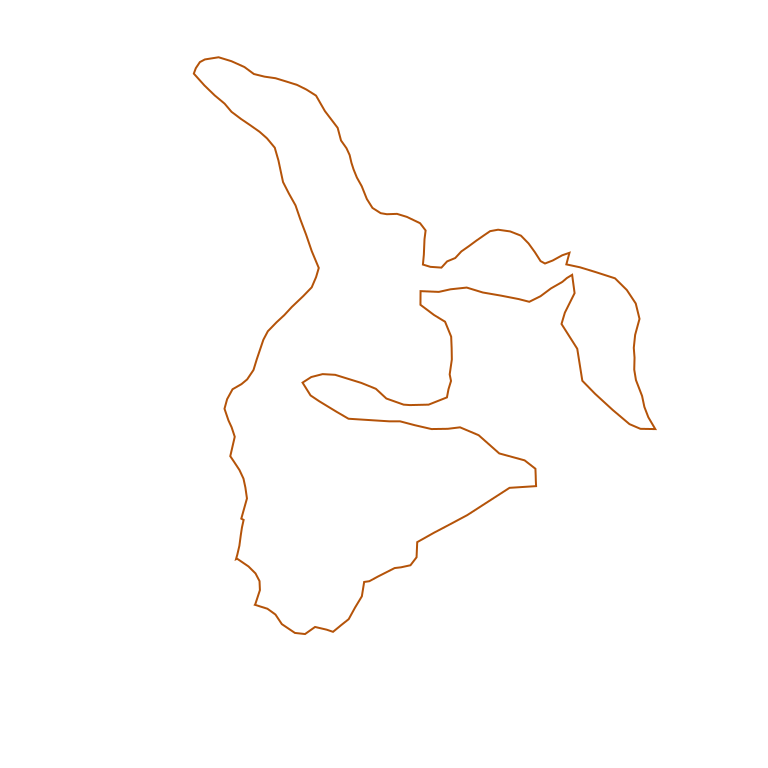 Samukh District, Samux, Azerbaijan, rotated 17°
{"feature_id": "54616110B65018719015844", "entity_name": "Samukh District", "entity_type": "district", "adm_level": 2, "iso_a3": "AZE", "parent_name": "Azerbaijan", "parent_adm1": "Samux", "projection": "orthographic", "projection_center": [46.456, 40.939], "detail": "fine", "context": "isolated", "style": "outline", "palette": "amber", "viewbox_px": 768, "rotation_deg": 17, "n_neighbors": 0, "source": "geoboundaries", "source_scale": "gbopen_adm2", "svg_char_len": 2769}
<svg xmlns="http://www.w3.org/2000/svg" viewBox="0 0 768 768"><g transform="rotate(17 384 384)"><path d="M325.1,632.9L338.2,633.0L347.6,636.2L356.5,643.5L371.6,648.1L381.6,646.2L389.1,636.5L401.0,635.7L407.7,635.9L412.3,629.0L413.4,627.3L419.0,619.2L421.7,606.2L424.9,593.5L422.9,579.1L427.6,576.9L434.6,569.8L448.0,556.9L453.9,554.3L462.3,549.6L465.8,540.2L462.0,525.5L475.4,511.5L484.7,502.3L501.8,485.2L534.4,446.6L559.3,437.2L557.4,431.9L555.9,427.4L553.6,420.8L540.8,415.9L514.5,416.7L489.5,405.3L469.4,403.2L458.1,408.2L442.6,413.2L425.4,414.4L410.3,415.0L399.8,418.2L360.2,427.6L347.4,424.6L339.5,422.6L327.0,419.4L317.1,416.4L305.7,406.5L312.4,398.6L322.4,392.5L334.6,389.5L362.0,389.6L377.7,391.0L390.5,397.2L408.8,398.0L414.9,396.6L432.7,390.7L448.1,378.4L447.2,370.2L447.2,361.5L444.0,355.6L441.7,340.7L438.2,329.9L434.4,319.1L424.2,306.6L411.7,303.4L395.7,297.6L391.8,284.5L409.5,279.9L419.9,274.0L434.9,267.6L451.7,267.6L469.9,265.3L488.0,263.4L498.9,262.9L508.0,254.3L515.7,243.8L524.7,234.2L527.9,229.2L532.0,224.6L539.7,241.4L536.1,262.9L536.2,274.7L558.5,293.8L572.7,322.9L588.6,331.6L610.4,342.0L630.5,350.6L642.3,351.9L656.6,347.8L646.5,338.5L639.7,329.8L634.3,320.0L623.8,306.6L619.1,297.1L615.9,285.6L612.3,276.4L609.8,263.6L609.3,247.0L601.2,233.4L588.7,223.1L574.0,215.4L554.2,215.1L537.3,215.1L523.4,216.3L523.0,204.3L516.8,208.8L509.2,216.6L502.7,221.7L497.8,220.7L489.7,213.8L481.1,207.3L471.6,202.1L460.1,201.2L448.0,203.1L440.8,206.8L436.7,211.9L430.4,219.9L425.0,227.2L419.2,234.6L415.3,242.7L408.5,248.3L404.9,255.9L394.1,258.4L386.3,258.4L384.3,248.7L380.4,233.7L378.9,225.0L371.5,219.7L357.0,217.5L346.7,217.5L337.1,220.8L330.9,221.6L321.5,219.0L313.5,212.1L304.9,201.4L297.7,194.5L292.1,187.6L288.2,182.0L284.2,175.1L279.2,169.5L271.7,163.7L264.8,152.6L247.7,140.3L234.7,128.1L223.7,125.1L213.5,123.4L202.2,123.3L190.9,123.3L179.9,125.0L168.9,125.6L157.9,121.7L143.7,119.9L130.3,119.9L117.8,126.0L113.8,130.0L111.7,137.0L111.5,140.4L111.4,142.7L111.4,142.8L125.0,151.0L137.7,157.5L149.6,162.5L158.6,168.3L169.9,172.4L179.7,175.4L191.3,179.2L200.3,183.3L210.5,190.0L211.3,191.3L217.7,201.1L222.9,210.5L228.4,220.4L237.4,229.7L247.2,239.1L255.9,251.1L265.8,263.9L276.0,278.0L287.7,292.1L287.8,301.6L286.6,312.7L281.1,323.5L273.2,337.5L268.6,347.1L263.3,356.2L257.5,367.5L255.7,376.9L255.1,397.6L255.1,408.7L251.8,419.6L247.8,425.7L240.7,433.3L238.4,444.4L238.7,454.3L245.9,464.3L250.9,469.9L256.7,478.1L258.1,498.0L260.7,500.1L262.8,501.8L270.9,508.5L277.3,515.6L281.7,523.5L286.4,533.5L286.9,554.5L289.5,555.0L290.1,562.7L291.2,570.2L293.0,581.0L293.6,589.9L293.7,594.8L294.6,594.0L302.0,596.3L307.8,598.1L309.1,598.8L316.5,602.7L322.6,608.9L325.6,617.4L325.3,632.2L325.1,632.9Z" fill="none" stroke="#b45309" stroke-width="2"/></g></svg>